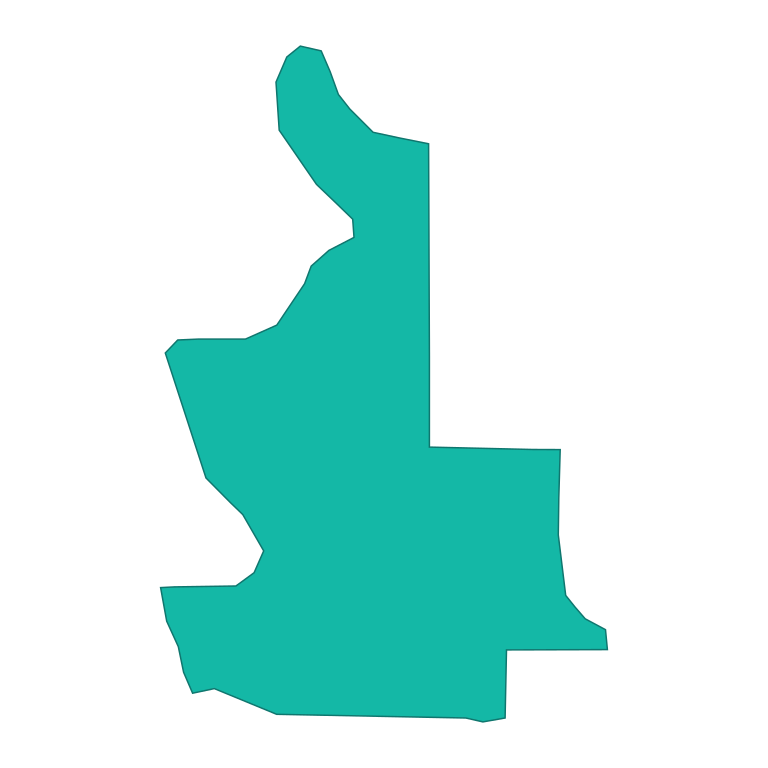 the district of Santa Tereza, Rio Grande do Sul, Brazil
{"feature_id": "56859067B96458106097451", "entity_name": "Santa Tereza", "entity_type": "district", "adm_level": 2, "iso_a3": "BRA", "parent_name": "Brazil", "parent_adm1": "Rio Grande do Sul", "projection": "albers", "projection_center": [-51.714, -29.146], "detail": "fine", "context": "isolated", "style": "filled", "palette": "teal", "viewbox_px": 768, "rotation_deg": 0, "n_neighbors": 0, "source": "geoboundaries", "source_scale": "gbopen_adm2", "svg_char_len": 762}
<svg xmlns="http://www.w3.org/2000/svg" viewBox="0 0 768 768"><path d="M565.7,595.4L558.3,534.9L558.8,497.7L560.2,449.6L533.0,449.5L429.4,447.1L429.4,356.3L428.6,143.8L398.7,137.8L373.1,132.3L349.8,109.0L338.4,94.5L330.2,71.8L321.2,50.9L300.3,46.1L286.8,57.0L276.0,82.1L279.2,130.2L316.5,184.4L334.5,201.6L352.7,219.2L354.0,237.4L328.9,250.4L311.2,266.1L304.6,283.7L276.8,325.1L245.4,339.1L198.1,339.1L177.7,340.0L165.3,353.0L206.0,478.0L230.6,502.8L242.8,514.6L263.7,550.9L254.1,572.7L235.9,586.0L174.4,586.9L160.6,587.6L166.7,621.2L178.3,646.6L183.6,672.3L192.6,693.2L214.3,688.6L276.6,714.3L465.8,718.0L482.9,721.9L505.1,718.0L506.5,649.9L607.4,649.6L605.5,629.7L585.2,618.8L574.9,606.9L565.7,595.4Z" fill="#14b8a6" stroke="#0f766e" stroke-width="1.5"/></svg>